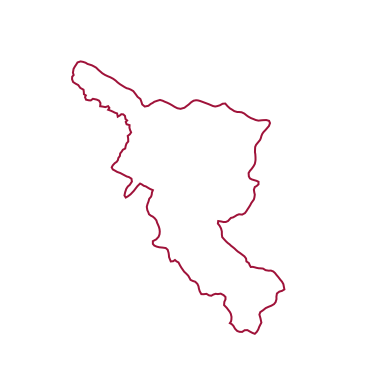 outline of Uruana de Minas, Minas Gerais, Brazil, rotated 347°
{"feature_id": "56859067B46615656521391", "entity_name": "Uruana de Minas", "entity_type": "district", "adm_level": 2, "iso_a3": "BRA", "parent_name": "Brazil", "parent_adm1": "Minas Gerais", "projection": "orthographic", "projection_center": [-46.329, -16.099], "detail": "fine", "context": "isolated", "style": "outline", "palette": "rose", "viewbox_px": 384, "rotation_deg": 347, "n_neighbors": 0, "source": "geoboundaries", "source_scale": "gbopen_adm2", "svg_char_len": 4580}
<svg xmlns="http://www.w3.org/2000/svg" viewBox="0 0 384 384"><g transform="rotate(347 192 192)"><path d="M109.6,40.0L107.6,42.0L106.1,43.4L104.3,45.4L102.8,49.0L103.0,51.4L101.2,52.7L100.5,55.1L100.9,58.1L103.0,60.3L105.2,62.2L106.6,65.5L109.3,67.9L109.1,70.2L108.7,72.4L110.3,74.0L109.1,75.5L109.5,78.2L112.2,79.5L114.0,80.0L116.4,78.9L119.9,80.5L122.0,82.1L122.8,84.8L121.8,87.8L124.0,88.6L126.7,89.8L129.6,89.5L130.4,91.5L128.8,93.0L131.0,94.4L133.1,96.0L134.6,97.3L136.7,98.6L136.6,101.9L138.9,101.2L140.6,100.3L142.5,100.9L143.8,102.8L143.6,105.9L144.9,107.7L143.2,108.8L143.5,111.3L146.2,112.8L145.5,115.3L145.6,117.7L146.1,120.2L144.4,121.8L142.0,122.9L141.8,125.7L141.2,128.5L139.1,130.0L137.8,132.1L136.7,134.6L134.1,135.3L132.6,136.8L130.7,138.3L129.8,140.7L127.9,142.3L127.0,144.2L125.5,145.6L123.1,146.6L120.8,148.2L119.3,149.9L119.9,152.2L121.7,153.8L123.6,155.6L126.4,157.4L129.5,160.1L131.9,162.2L133.8,163.2L136.0,165.4L135.8,168.3L133.0,171.0L130.7,172.2L128.7,174.1L126.8,177.2L125.4,180.2L126.2,182.5L128.6,181.8L131.5,180.5L135.6,177.8L138.6,175.3L140.2,174.0L143.3,172.1L144.8,173.3L146.4,175.1L148.3,176.2L149.9,177.8L151.7,179.5L154.3,181.4L152.9,183.4L152.2,185.4L151.1,187.3L148.8,189.0L147.4,191.6L145.9,193.8L144.6,196.3L144.4,199.7L144.9,202.0L145.1,204.0L146.7,205.9L148.2,207.1L149.7,209.1L150.9,211.6L151.1,214.2L151.5,216.1L151.9,218.5L152.0,220.8L151.7,223.3L150.9,225.8L149.4,228.1L146.5,230.1L142.8,231.1L142.2,233.8L143.2,235.7L145.2,237.2L147.7,238.5L150.7,239.5L153.8,240.7L155.3,242.8L155.5,246.0L155.3,248.3L155.0,250.2L155.3,252.4L155.7,254.9L158.1,255.2L160.1,254.4L161.3,256.1L163.0,257.6L163.8,260.8L164.6,263.3L165.4,265.3L166.4,267.8L168.0,270.2L169.5,272.7L170.3,275.4L170.8,277.3L172.7,278.8L175.0,280.2L176.6,282.8L177.1,285.3L177.0,287.8L177.2,290.5L178.1,293.6L180.3,294.2L183.2,294.5L185.4,296.6L187.5,297.4L189.8,296.7L192.1,296.5L194.2,297.3L197.1,297.5L199.6,299.6L201.0,301.8L200.5,304.1L198.8,306.3L197.8,309.4L199.8,312.7L201.0,315.4L201.9,317.4L202.4,319.4L202.4,322.6L201.7,325.1L200.9,326.9L199.4,328.3L201.0,329.7L202.2,331.7L203.2,335.0L204.8,337.6L206.8,338.9L209.4,339.6L212.3,338.5L215.0,339.1L217.0,341.0L219.2,342.9L221.3,344.3L223.6,342.9L225.6,340.9L227.1,338.6L228.5,336.9L230.2,334.9L230.3,330.5L230.1,326.6L231.5,324.4L234.6,323.2L237.7,321.7L240.6,321.1L243.8,320.6L246.7,319.7L248.7,318.1L250.2,315.4L250.7,313.0L251.9,310.0L254.7,308.7L257.4,308.6L260.1,307.7L260.3,302.3L259.5,299.6L258.4,297.5L257.0,294.4L255.6,291.7L254.7,289.7L253.3,287.7L251.2,286.3L249.0,285.9L246.1,284.7L244.0,282.6L241.9,281.9L239.8,281.3L237.8,280.4L236.2,279.5L234.3,278.6L232.4,278.3L231.8,276.4L231.4,274.0L229.4,271.9L229.7,269.0L228.6,266.5L226.6,264.1L225.0,262.2L223.3,260.4L222.0,258.6L220.7,256.6L219.3,254.8L217.9,253.1L216.8,251.4L215.5,249.9L214.2,248.0L212.7,245.4L211.3,242.8L211.5,240.3L212.2,237.1L212.1,234.1L211.3,231.1L210.1,228.6L211.0,226.2L213.6,227.2L216.1,228.4L218.2,228.8L220.5,228.4L222.4,227.1L224.1,226.0L226.2,226.0L228.6,225.3L230.5,224.6L232.8,224.3L235.8,225.3L238.8,224.5L240.6,223.0L242.1,221.5L243.9,219.8L245.7,218.0L247.3,216.1L248.9,214.7L250.6,213.2L251.6,211.3L252.6,208.7L252.6,206.5L252.8,203.7L254.3,201.3L256.3,200.7L258.5,199.5L259.1,197.0L257.5,195.7L255.2,194.4L253.1,193.2L251.5,191.8L250.9,189.6L251.4,186.3L253.2,184.4L255.3,182.9L257.7,180.8L259.5,178.8L260.4,176.9L261.1,175.1L261.7,172.4L262.2,169.4L262.3,167.4L263.0,164.7L263.7,162.3L265.0,160.5L266.9,159.0L268.6,157.7L270.1,156.5L271.3,154.8L272.3,152.9L273.7,151.0L275.3,149.6L277.6,148.1L279.5,146.7L281.8,145.0L283.5,142.4L283.1,140.0L280.6,138.6L278.0,138.1L276.1,137.8L272.8,137.4L270.3,136.2L268.5,134.9L266.0,133.2L263.8,131.2L262.4,129.6L260.6,127.3L258.3,125.5L256.0,124.7L254.0,124.2L251.4,122.7L249.4,120.6L247.8,119.1L245.9,116.3L244.3,113.3L241.7,112.9L238.6,113.8L235.7,114.0L233.8,113.9L231.7,112.9L230.1,111.7L227.9,110.1L224.7,108.0L222.3,106.4L220.3,105.1L218.4,104.1L216.6,103.5L214.1,103.4L211.5,104.3L208.5,106.0L206.0,107.1L203.6,108.2L199.6,108.4L196.6,107.1L194.2,105.1L191.9,102.8L189.9,101.0L187.9,99.4L185.6,97.8L184.0,96.5L181.5,95.1L178.6,95.3L175.6,95.6L173.6,96.4L171.6,96.9L168.9,98.2L165.2,98.1L163.2,95.5L163.0,92.7L162.6,89.8L160.4,87.1L159.1,84.0L157.5,80.5L155.4,78.5L153.5,77.1L151.7,76.2L150.0,74.7L147.7,72.4L146.0,70.7L144.1,68.4L142.7,66.3L140.7,64.0L138.3,61.9L135.9,60.2L133.5,58.3L131.3,56.1L130.0,54.3L128.3,52.0L126.6,49.3L125.0,47.8L122.9,46.0L120.7,44.7L119.0,43.7L117.4,42.1L115.1,40.7L112.8,39.7L109.6,40.0Z" fill="none" stroke="#9f1239" stroke-width="2"/></g></svg>